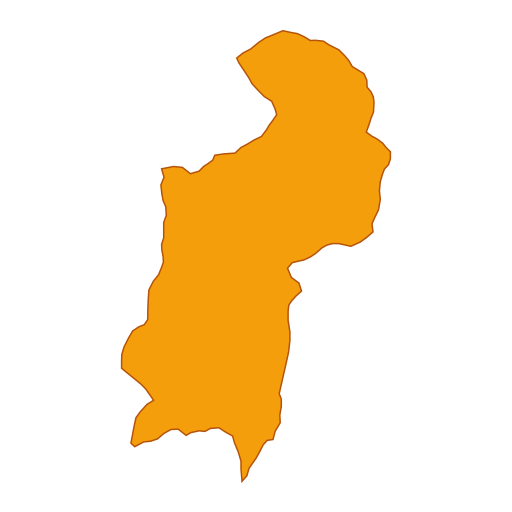 outline of Neves Paulista, São Paulo, Brazil
{"feature_id": "56859067B65354392339928", "entity_name": "Neves Paulista", "entity_type": "district", "adm_level": 2, "iso_a3": "BRA", "parent_name": "Brazil", "parent_adm1": "São Paulo", "projection": "robinson", "projection_center": [-49.646, -20.875], "detail": "fine", "context": "isolated", "style": "filled", "palette": "amber", "viewbox_px": 512, "rotation_deg": 0, "n_neighbors": 0, "source": "geoboundaries", "source_scale": "gbopen_adm2", "svg_char_len": 2152}
<svg xmlns="http://www.w3.org/2000/svg" viewBox="0 0 512 512"><path d="M291.1,32.5L282.9,30.7L275.1,34.0L265.5,37.9L258.7,42.4L250.7,49.0L243.2,52.9L236.7,58.0L239.0,63.0L243.8,70.2L248.4,77.1L252.0,83.6L257.7,89.9L264.3,96.6L271.7,101.3L275.1,109.0L276.7,114.7L272.5,120.8L269.2,125.2L266.5,129.8L261.4,136.5L253.7,140.2L247.4,144.1L241.1,147.4L235.0,153.1L223.8,153.9L214.8,155.2L212.7,160.2L208.2,163.5L203.6,166.5L199.0,171.2L190.4,173.7L182.4,167.4L173.5,166.5L161.6,168.8L164.0,177.2L160.9,185.0L161.9,194.0L163.1,200.6L165.8,206.8L166.3,215.2L163.7,222.6L163.7,229.6L163.7,237.9L161.6,244.3L161.9,250.2L163.1,256.5L163.4,262.2L161.4,267.8L158.6,274.7L153.3,281.3L148.9,290.0L148.2,300.2L147.9,307.7L147.7,319.6L144.3,324.7L138.9,326.8L132.7,330.9L128.5,338.1L124.1,346.8L121.8,354.5L121.6,361.2L121.6,368.3L141.4,384.5L145.9,389.2L153.6,400.3L147.1,404.3L140.4,411.6L136.0,417.7L134.5,424.3L133.4,429.9L132.4,435.4L130.9,443.1L134.7,446.7L143.8,441.9L150.7,441.2L157.5,438.9L164.1,433.3L171.0,429.5L178.2,429.1L186.1,435.4L190.9,432.6L199.2,430.8L204.9,431.4L210.4,428.4L219.0,427.8L225.9,432.3L232.6,436.0L234.4,442.5L238.5,452.6L241.0,461.2L241.0,468.8L242.0,481.3L246.8,475.9L249.1,468.2L256.0,458.3L259.8,451.5L263.2,444.8L267.1,440.4L273.0,439.5L275.1,431.4L280.2,422.7L279.8,415.0L281.3,406.6L281.3,399.1L279.2,393.7L286.8,360.2L288.6,351.9L289.9,340.5L289.9,332.1L288.1,320.3L288.1,311.3L288.8,305.0L291.7,300.8L296.1,295.9L301.5,291.1L299.0,283.1L291.4,277.5L287.5,268.2L292.2,262.7L299.0,261.0L303.8,260.0L310.6,256.8L315.7,253.3L322.0,247.8L326.9,245.1L332.3,243.6L338.7,243.6L344.3,244.8L350.8,246.3L360.2,242.1L366.8,237.3L373.0,231.9L372.0,223.9L374.3,218.5L378.5,209.8L380.3,199.4L379.4,191.0L380.2,182.1L382.4,174.3L384.4,169.1L388.5,164.7L390.4,158.7L390.4,151.8L386.0,147.4L382.7,143.2L377.1,139.0L371.5,136.0L366.3,132.1L368.8,125.2L371.0,118.3L373.5,112.0L374.0,102.3L373.3,96.8L371.0,91.8L367.1,87.2L366.8,80.1L363.9,73.7L358.7,70.5L352.3,66.6L348.7,60.5L344.5,55.5L338.8,49.8L333.4,47.1L328.7,44.7L323.5,41.2L315.4,40.3L310.3,40.5L304.6,37.0L297.4,33.6L291.1,32.5Z" fill="#f59e0b" stroke="#b45309" stroke-width="1.5"/></svg>